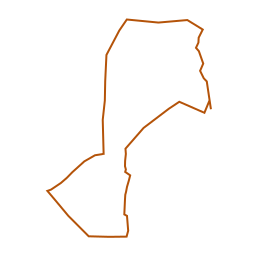 outline of Barh-El-Gazel Sud, Barh El Gazel, Chad, rotated 267°
{"feature_id": "50815135B11223303174297", "entity_name": "Barh-El-Gazel Sud", "entity_type": "district", "adm_level": 2, "iso_a3": "TCD", "parent_name": "Chad", "parent_adm1": "Barh El Gazel", "projection": "albers", "projection_center": [16.372, 13.697], "detail": "fine", "context": "isolated", "style": "outline", "palette": "amber", "viewbox_px": 256, "rotation_deg": 267, "n_neighbors": 0, "source": "geoboundaries", "source_scale": "gbopen_adm2", "svg_char_len": 801}
<svg xmlns="http://www.w3.org/2000/svg" viewBox="0 0 256 256"><g transform="rotate(267 128 128)"><path d="M236.4,132.5L225.8,124.4L202.1,110.3L176.1,107.7L156.6,106.3L137.5,103.2L103.5,102.3L103.5,102.2L103.2,100.4L102.5,93.6L97.0,82.7L96.6,82.2L86.7,70.0L81.5,64.4L76.6,58.1L70.5,47.9L69.4,44.2L59.8,51.5L43.4,63.8L21.9,83.1L20.3,103.6L19.6,120.9L25.4,122.8L40.3,122.4L41.9,119.8L49.1,120.5L56.3,121.2L61.5,121.8L64.3,122.7L69.2,123.9L75.2,126.0L80.6,127.7L84.3,122.9L86.7,123.7L90.0,123.0L95.3,123.4L102.2,124.5L107.5,124.4L127.3,143.6L145.1,169.8L151.5,180.6L139.2,205.1L151.4,210.9L142.4,211.8L170.4,209.1L173.6,206.3L181.3,203.0L188.4,206.5L201.0,202.8L204.5,200.1L209.6,202.8L214.5,203.3L222.4,207.8L232.7,192.9L231.7,163.9L236.4,132.5Z" fill="none" stroke="#b45309" stroke-width="2"/></g></svg>